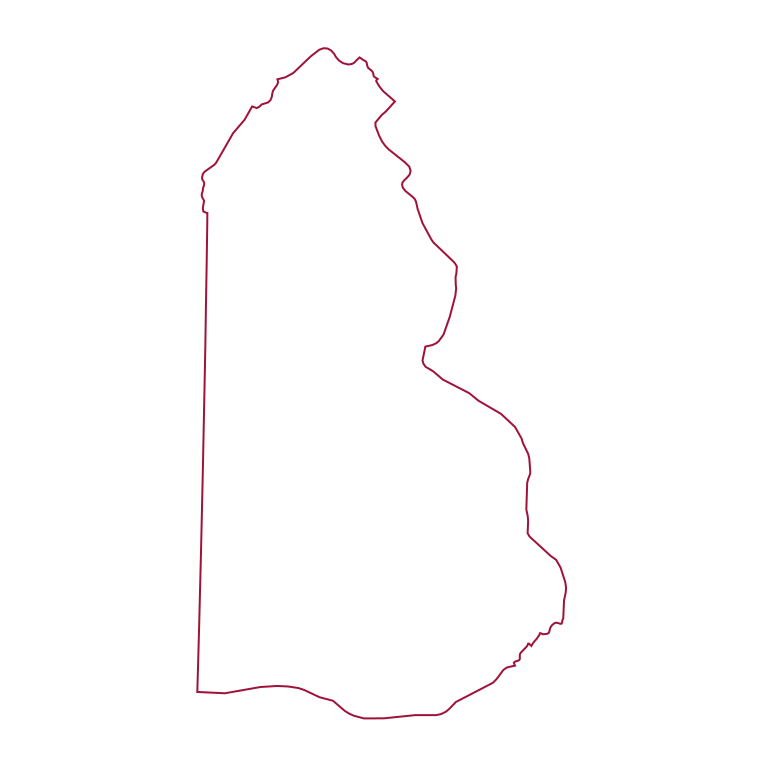 SVG path tracing the border of Cunene, rotated 91°
{"feature_id": "AGO-1889", "entity_name": "Cunene", "entity_type": "Province", "adm_level": 1, "iso_a3": "AGO", "parent_name": "Angola", "parent_adm1": "", "projection": "orthographic", "projection_center": [15.075, -16.287], "detail": "fine", "context": "isolated", "style": "outline", "palette": "rose", "viewbox_px": 768, "rotation_deg": 91, "n_neighbors": 0, "source": "natural_earth", "source_scale": "10m", "svg_char_len": 2772}
<svg xmlns="http://www.w3.org/2000/svg" viewBox="0 0 768 768"><g transform="rotate(91 384 384)"><path d="M180.8,569.6L177.2,568.8L174.9,567.1L167.7,557.4L165.7,555.7L151.0,547.6L135.9,539.3L122.2,528.0L108.8,520.7L110.3,516.0L108.9,513.4L106.6,511.2L104.5,504.8L102.2,502.5L98.9,501.2L95.2,500.7L92.4,499.9L86.8,496.1L84.0,495.1L81.2,495.9L79.1,488.0L74.6,480.1L57.6,462.9L50.9,454.5L49.3,450.2L49.6,446.1L51.5,442.7L54.6,439.7L58.0,437.7L61.4,434.6L63.9,430.6L65.2,425.2L64.5,421.6L63.6,419.8L62.5,418.6L61.0,417.4L57.9,414.1L60.4,410.4L61.4,408.5L61.8,407.8L62.6,407.2L63.6,406.8L65.3,406.5L66.8,406.0L68.2,405.4L71.3,401.5L72.2,400.8L73.9,400.1L75.0,400.0L76.1,399.7L77.1,399.1L79.1,395.6L79.6,396.0L80.0,396.5L80.5,397.0L81.2,397.1L82.0,396.7L87.0,393.5L91.2,390.0L101.3,378.0L111.4,386.8L115.1,391.0L122.7,397.1L126.3,397.0L135.8,393.2L141.7,390.1L146.1,386.7L149.6,383.1L161.8,367.2L166.2,362.5L170.5,361.1L174.3,362.1L177.5,364.8L180.1,367.5L182.4,369.1L184.6,369.4L187.6,368.5L190.8,365.8L196.0,359.1L198.6,356.4L201.1,355.2L208.5,353.4L222.5,348.3L238.8,339.1L241.8,336.9L260.4,316.7L262.3,315.0L265.3,313.2L272.3,313.6L275.9,314.3L283.3,314.0L287.1,313.5L294.4,314.2L315.9,319.5L333.4,325.3L340.2,330.0L342.3,332.5L344.2,336.3L345.9,343.3L359.7,345.9L362.9,345.0L366.1,342.7L370.3,335.3L378.6,325.2L391.7,298.6L399.1,289.2L411.9,266.4L424.6,252.3L436.1,245.5L440.6,244.1L451.6,238.5L456.2,237.4L469.3,236.2L471.3,236.3L476.5,238.2L480.2,239.1L507.0,239.5L513.5,238.0L518.5,237.5L530.7,237.8L534.1,235.7L553.3,214.0L556.8,208.8L564.6,204.2L579.0,199.3L584.6,198.4L589.5,198.7L597.1,200.2L615.4,200.7L617.1,201.5L619.2,201.8L620.6,202.4L620.6,203.9L620.0,205.8L619.6,207.8L620.4,209.7L622.2,211.8L624.6,213.4L629.7,214.7L630.9,216.3L631.5,220.8L630.5,222.7L630.5,223.8L632.0,224.2L636.3,227.0L637.9,228.5L641.8,231.3L643.3,232.1L642.5,232.9L641.7,233.9L641.1,234.4L641.1,235.4L642.9,236.0L644.2,236.9L650.1,242.4L651.5,243.3L653.2,243.5L656.6,243.4L657.9,244.2L659.2,247.9L660.3,249.2L661.2,249.0L662.5,248.5L663.3,248.1L665.2,255.9L666.1,257.4L668.0,259.8L676.6,265.9L680.8,269.8L700.7,306.6L707.9,313.3L710.5,316.3L713.0,321.1L714.2,326.2L714.5,346.8L718.3,378.4L718.7,398.3L716.3,408.0L714.4,412.6L711.6,417.4L701.6,429.5L698.3,443.0L691.3,458.5L689.5,464.2L688.1,474.8L687.8,485.5L689.1,502.1L696.0,537.7L695.2,565.2L695.2,565.3L668.7,565.0L628.7,564.6L588.7,564.3L548.7,564.0L508.7,563.8L468.7,563.6L428.7,563.5L427.0,563.5L388.7,563.4L348.7,563.3L308.7,563.4L268.6,563.4L228.6,563.5L218.0,563.6L217.9,563.6L216.1,563.6L216.0,564.4L214.6,567.7L211.1,568.2L204.2,567.1L203.1,567.5L200.7,568.9L199.0,569.5L197.1,569.5L194.6,568.7L191.2,568.3L188.4,567.4L186.6,567.2L185.2,567.6L182.7,569.2L180.8,569.6Z" fill="none" stroke="#9f1239" stroke-width="2"/></g></svg>